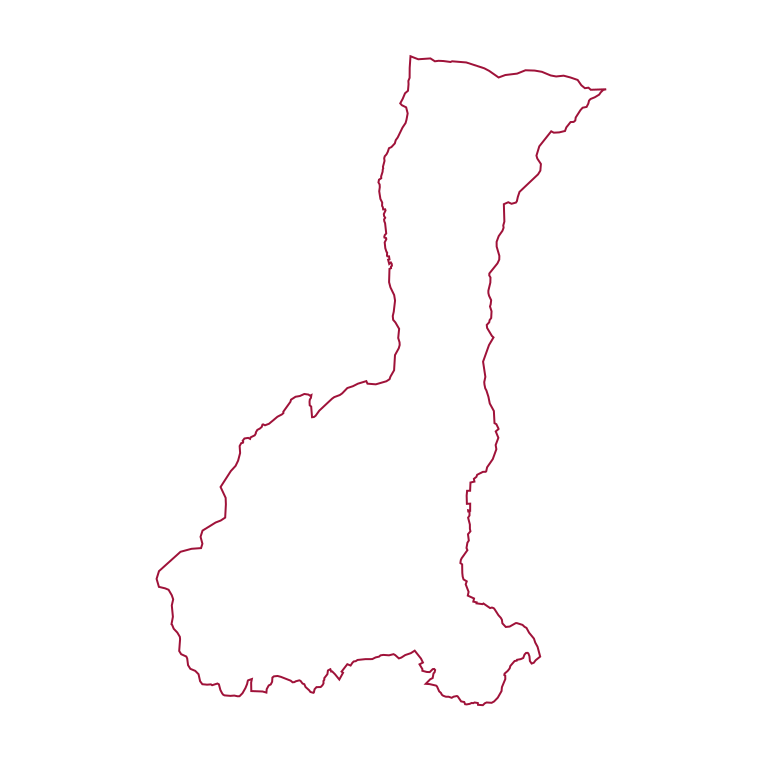 Halmagiu, Arad, Romania, rotated 357°
{"feature_id": "2599482B14202054481695", "entity_name": "Halmagiu", "entity_type": "district", "adm_level": 2, "iso_a3": "ROU", "parent_name": "Romania", "parent_adm1": "Arad", "projection": "orthographic", "projection_center": [22.581, 46.302], "detail": "fine", "context": "isolated", "style": "outline", "palette": "rose", "viewbox_px": 768, "rotation_deg": 357, "n_neighbors": 0, "source": "geoboundaries", "source_scale": "gbopen_adm2", "svg_char_len": 6135}
<svg xmlns="http://www.w3.org/2000/svg" viewBox="0 0 768 768"><g transform="rotate(357 384 384)"><path d="M481.2,703.2L485.3,696.8L485.9,692.9L489.7,685.0L489.8,681.6L488.9,680.9L489.3,679.5L492.5,677.0L494.6,674.6L495.4,672.2L499.9,667.5L502.1,667.2L502.4,666.4L506.1,665.9L508.7,664.9L510.2,661.5L511.8,660.0L513.4,660.0L514.1,660.7L515.0,663.5L515.2,668.3L516.8,670.9L519.0,670.2L521.0,667.8L525.7,664.4L523.6,654.5L521.5,650.1L520.4,646.1L515.9,640.0L513.5,635.0L511.7,633.9L509.7,631.8L504.1,629.7L503.0,629.7L496.8,632.8L492.9,633.0L489.7,629.2L489.4,625.6L488.4,623.6L486.2,620.9L482.6,614.6L481.8,613.6L480.1,612.9L478.2,613.3L471.8,608.4L470.9,609.0L464.9,607.9L465.1,606.9L461.8,606.0L462.7,602.9L456.6,599.7L457.6,596.0L455.1,588.3L456.3,585.4L453.2,583.3L452.5,580.5L452.3,576.8L452.6,568.2L450.9,566.8L451.5,563.8L452.4,562.1L458.6,554.3L457.8,552.1L459.0,546.8L460.5,544.8L460.0,538.4L462.6,535.6L462.2,533.2L462.4,528.8L461.0,521.9L462.5,519.8L462.7,516.0L461.5,515.8L461.4,514.5L463.4,515.0L463.8,508.0L460.5,508.0L460.7,499.8L461.4,495.0L464.4,495.1L465.2,486.9L469.2,486.2L468.8,483.4L471.4,481.6L472.3,479.5L478.2,476.9L480.9,477.0L481.5,476.5L482.6,472.6L488.7,464.7L492.8,455.0L492.3,450.8L495.4,443.7L493.1,437.2L496.0,435.0L496.0,434.5L494.1,430.0L492.3,428.9L492.3,416.7L488.6,409.0L487.6,402.2L485.9,395.7L484.9,393.7L484.3,389.9L484.2,387.3L485.6,382.2L484.1,366.9L490.9,350.6L495.8,343.2L494.3,341.7L489.9,333.4L489.7,330.4L492.3,327.9L492.8,325.8L494.5,323.7L495.2,317.0L493.9,312.1L494.7,310.0L495.4,305.9L493.5,301.3L493.0,298.7L493.1,296.3L495.5,288.3L495.9,283.2L494.8,281.1L495.0,279.1L503.6,269.5L505.6,265.8L505.9,262.1L503.7,252.7L503.9,247.9L506.3,242.3L510.3,237.2L511.6,234.2L511.4,231.9L512.7,228.1L513.1,210.7L517.6,209.0L520.8,210.7L525.3,209.7L526.3,208.3L527.4,204.3L529.4,199.2L548.8,182.7L551.3,179.1L552.2,172.5L548.9,166.9L548.2,163.9L551.5,154.8L564.2,140.4L566.7,141.9L572.1,141.9L578.0,140.8L579.5,137.3L584.0,132.2L587.1,132.2L588.8,130.9L589.4,127.9L594.5,120.8L596.8,118.5L600.8,117.9L602.7,114.7L603.6,111.7L605.2,110.2L609.5,108.7L614.0,106.3L615.7,104.1L618.3,101.8L621.3,101.3L605.9,101.0L603.7,98.8L600.1,99.1L596.7,96.0L593.3,90.5L586.1,87.6L579.5,85.5L572.0,85.9L566.6,84.6L558.0,80.5L550.9,78.9L541.7,78.1L533.2,81.0L521.3,81.8L514.5,83.9L505.4,76.8L500.7,74.0L483.0,67.2L468.9,65.3L467.3,65.9L460.3,64.6L455.4,64.1L451.7,64.4L447.4,61.3L435.2,61.5L427.6,58.1L426.2,69.7L425.6,79.6L424.2,82.6L424.2,85.9L423.3,92.4L420.2,94.8L417.6,100.2L414.9,104.6L416.4,106.5L420.6,108.9L421.8,115.0L420.3,121.2L419.2,124.5L415.9,128.9L410.6,138.5L408.5,141.1L407.4,144.3L403.8,147.8L401.3,148.8L399.9,152.4L398.5,154.8L396.7,156.6L396.0,158.6L396.2,161.2L394.3,167.1L394.5,168.7L394.0,169.6L393.7,172.0L392.0,176.5L392.0,178.4L389.7,179.7L389.0,182.4L390.1,184.6L390.1,187.2L389.3,191.3L390.1,199.0L391.7,202.7L391.4,206.0L392.1,207.4L392.3,209.6L394.3,209.6L394.6,210.8L392.7,214.3L392.9,216.3L393.9,218.1L392.7,219.6L392.8,221.4L393.5,223.5L394.1,233.8L392.6,235.3L392.0,236.9L392.1,237.8L393.7,238.4L393.9,239.5L392.1,242.6L392.4,248.4L393.4,252.2L394.0,252.8L393.7,256.1L394.1,256.7L395.7,256.8L396.0,259.8L394.6,260.1L395.5,264.4L397.2,263.0L398.0,264.4L398.1,266.3L397.1,267.2L397.1,268.7L395.5,269.3L394.4,282.6L395.5,287.9L398.8,295.7L399.4,301.3L397.5,312.4L396.3,316.6L396.5,320.4L398.6,323.1L402.0,329.7L400.6,338.8L401.7,343.2L401.7,345.9L400.6,349.1L396.5,355.7L394.8,370.8L390.8,377.0L389.8,379.5L386.5,381.4L375.8,383.9L367.5,382.8L366.5,380.2L358.0,382.3L352.8,384.6L347.2,386.1L341.7,391.2L339.3,392.7L333.6,394.5L331.3,396.0L318.0,407.2L314.0,412.2L312.3,413.3L310.4,413.4L310.1,402.7L308.7,401.4L308.7,397.9L309.1,395.7L310.3,394.0L310.9,391.2L309.5,391.8L308.0,390.6L303.9,389.8L299.3,391.6L295.0,392.1L290.3,394.8L289.6,396.9L282.0,406.4L282.0,407.8L280.5,409.0L275.9,411.1L267.1,417.7L263.0,419.0L261.2,418.0L260.5,418.2L259.7,420.4L257.7,422.0L255.1,423.2L253.5,425.6L253.4,426.7L252.2,428.5L248.0,430.3L247.4,431.8L245.5,430.7L241.8,431.1L239.9,433.3L240.4,434.5L240.0,435.3L238.3,435.6L236.6,438.4L236.7,445.4L234.3,452.9L231.5,458.0L226.5,462.9L215.4,478.3L219.9,489.4L219.8,495.9L218.4,509.1L213.8,511.8L208.6,513.5L195.1,520.9L192.8,527.0L194.3,534.0L192.7,538.3L183.2,538.5L172.0,540.9L149.5,559.1L146.7,566.7L148.6,574.8L154.7,576.6L158.1,578.2L161.0,583.8L162.2,588.0L160.5,594.0L161.0,605.4L159.2,612.8L159.8,613.4L161.2,617.4L164.6,621.4L166.9,625.8L167.0,628.2L165.5,639.9L167.3,643.2L172.3,645.8L173.1,647.8L173.6,654.5L175.7,658.3L180.5,660.6L183.6,664.1L184.8,671.2L186.9,674.3L191.6,675.0L195.4,674.9L196.6,675.8L202.0,674.4L203.4,675.3L204.6,681.0L206.1,684.3L207.1,685.8L208.4,686.6L214.3,687.4L218.2,687.3L221.5,688.2L223.4,688.2L226.5,685.4L229.7,680.4L231.6,676.4L232.4,673.4L232.8,672.8L236.6,671.7L235.7,675.2L235.4,683.7L246.6,684.7L250.4,686.0L250.9,682.6L253.1,679.0L255.2,678.1L256.7,675.5L257.2,671.3L258.7,670.2L262.4,670.0L265.6,671.0L275.3,675.4L277.1,677.1L279.0,677.0L280.2,676.3L283.9,675.5L285.1,676.1L287.0,678.9L288.7,679.6L289.8,682.5L293.3,686.0L294.4,687.7L297.3,688.7L297.8,688.4L298.7,685.2L300.7,683.2L304.9,683.3L306.7,681.7L307.9,679.9L308.0,677.4L308.9,676.2L309.0,674.6L312.3,670.8L313.0,667.2L315.2,666.1L315.5,666.0L316.2,668.4L317.2,668.3L319.9,671.3L323.9,676.8L328.0,670.2L326.6,669.0L332.7,661.9L335.9,663.4L337.8,660.8L339.2,659.5L341.3,659.3L343.1,658.2L350.7,657.8L357.9,658.1L361.3,656.6L364.8,656.0L366.3,654.8L369.2,654.5L374.8,655.2L379.4,654.3L381.0,655.3L384.5,658.8L387.0,658.1L391.0,655.8L396.7,654.2L400.7,651.9L406.6,660.2L408.3,664.2L404.8,665.8L407.4,670.7L407.3,672.4L411.6,673.8L414.6,674.1L417.7,671.3L419.2,671.2L420.1,672.3L419.4,674.6L418.3,675.6L417.2,680.2L414.7,681.3L410.0,685.6L413.9,686.1L420.2,687.9L421.1,688.8L423.0,693.8L424.7,695.5L425.5,697.3L426.8,698.4L429.3,699.5L432.2,699.7L435.2,700.9L437.1,699.9L440.5,699.4L441.3,699.9L444.4,705.0L447.5,705.8L448.2,708.0L449.7,708.3L452.9,707.9L454.8,707.1L456.4,707.4L457.8,706.8L461.0,707.5L461.1,709.3L465.9,709.9L468.0,708.1L469.8,707.4L474.8,708.0L477.3,706.8L481.2,703.2Z" fill="none" stroke="#9f1239" stroke-width="2"/></g></svg>